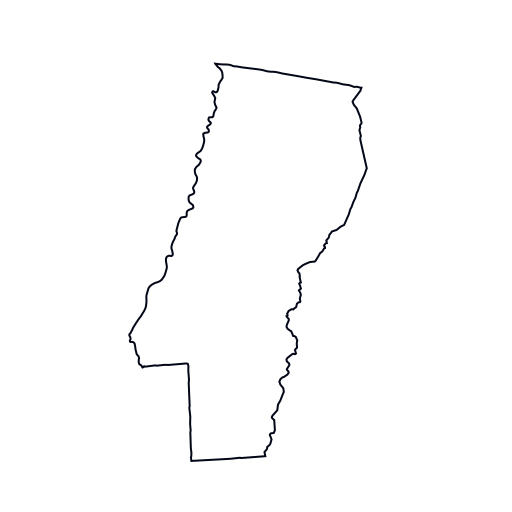 outline of Nueva Concepción, Escuintla, Guatemala, rotated 166°
{"feature_id": "79465075B35747325654374", "entity_name": "Nueva Concepción", "entity_type": "district", "adm_level": 2, "iso_a3": "GTM", "parent_name": "Guatemala", "parent_adm1": "Escuintla", "projection": "albers", "projection_center": [-91.282, 14.129], "detail": "fine", "context": "isolated", "style": "outline", "palette": "ink", "viewbox_px": 512, "rotation_deg": 166, "n_neighbors": 0, "source": "geoboundaries", "source_scale": "gbopen_adm2", "svg_char_len": 6141}
<svg xmlns="http://www.w3.org/2000/svg" viewBox="0 0 512 512"><g transform="rotate(166 256 256)"><path d="M396.1,211.9L396.6,211.4L397.3,211.0L397.8,210.6L398.1,209.9L398.0,209.0L397.7,207.9L397.6,207.3L397.7,206.3L398.0,205.6L398.4,205.0L398.8,204.5L399.0,203.9L398.9,203.3L398.4,202.9L397.7,202.8L396.5,202.4L395.7,201.8L395.4,201.3L395.0,200.5L395.1,197.8L395.5,194.2L395.5,192.1L395.5,191.1L395.5,190.5L395.5,189.6L395.1,188.6L394.7,188.0L394.3,187.3L394.2,185.9L394.2,185.2L394.4,184.6L394.8,183.9L395.1,182.9L395.4,181.8L395.5,180.8L395.5,180.1L395.3,179.1L394.6,178.5L393.9,177.8L393.6,177.0L393.1,175.3L392.3,175.4L391.7,176.0L391.0,176.0L390.7,175.5L380.0,174.2L379.0,173.6L371.0,172.5L367.0,171.4L349.6,168.6L348.3,167.9L348.2,165.5L349.4,161.3L351.0,151.8L351.9,149.6L356.7,126.3L357.4,125.0L358.6,116.1L360.6,108.8L361.6,102.6L362.4,100.7L365.7,85.4L366.3,80.6L367.3,77.2L367.8,76.5L368.3,72.8L330.3,65.5L320.2,64.1L319.5,63.6L295.4,59.5L295.2,63.7L292.1,66.0L291.2,68.1L288.6,69.3L287.3,70.7L285.3,74.3L285.5,76.4L285.9,78.8L285.6,79.6L284.6,80.3L281.6,80.0L279.8,82.4L278.0,92.4L279.5,94.6L279.7,95.8L278.5,97.2L272.7,101.1L270.6,106.5L267.4,109.8L263.3,115.6L261.9,117.4L261.5,121.0L263.5,125.4L263.7,128.5L262.1,130.6L259.7,131.8L258.2,131.9L254.3,133.3L252.5,134.8L252.6,136.6L253.3,137.6L253.5,138.7L249.9,142.2L249.9,143.7L251.6,146.5L251.5,148.2L250.2,149.5L244.6,152.0L243.4,152.1L241.9,151.3L240.8,151.7L240.9,155.6L238.3,157.2L237.7,161.1L236.4,164.1L237.0,167.9L238.3,169.1L239.3,169.4L239.7,172.6L240.0,174.4L241.3,175.7L243.0,177.8L243.5,179.8L242.9,181.5L239.7,185.7L239.6,186.4L239.5,187.2L240.9,189.7L240.9,190.3L240.3,190.3L239.6,190.9L239.8,192.4L237.6,194.8L234.2,195.8L232.7,195.1L231.7,195.8L229.3,196.8L227.9,199.7L226.4,200.6L224.3,200.7L223.9,201.5L223.8,203.9L223.1,205.4L221.9,207.4L221.9,209.5L222.7,212.3L220.3,213.5L220.5,217.3L220.8,218.7L219.6,219.6L218.9,219.5L218.8,225.2L218.3,225.8L218.1,228.8L218.8,229.8L219.2,232.1L218.3,233.2L212.8,235.7L210.2,236.3L205.1,237.1L200.4,236.4L199.5,236.8L195.7,240.5L193.1,243.3L190.5,244.4L188.2,246.8L187.1,247.0L186.9,247.9L187.5,249.6L187.2,250.1L185.2,251.4L184.1,251.4L184.0,254.1L181.0,256.2L179.5,259.0L178.0,260.0L176.4,261.4L171.5,261.8L166.5,264.1L163.0,264.8L156.0,273.8L152.8,279.1L151.8,279.9L148.5,284.8L145.4,288.5L142.9,292.9L141.3,294.7L137.2,301.1L131.1,308.6L128.3,312.9L127.3,314.3L126.7,343.0L126.3,345.4L125.2,347.1L125.2,353.1L123.7,355.6L123.7,357.1L122.9,358.2L121.9,358.8L121.3,359.8L121.3,366.1L122.5,374.8L124.5,379.0L125.0,382.3L123.9,383.6L120.8,386.1L114.7,391.1L113.0,393.8L114.3,394.2L116.5,395.5L117.0,395.7L117.7,395.9L118.2,396.0L119.0,396.1L120.2,396.5L120.9,397.0L121.6,397.5L122.3,398.0L123.7,398.9L125.1,399.6L129.6,401.3L132.1,402.6L134.5,404.0L135.9,404.6L137.1,405.1L138.4,405.4L140.3,406.2L142.3,407.2L143.5,407.7L154.4,412.7L163.3,416.5L172.8,420.8L183.5,425.5L186.3,426.7L189.9,428.6L192.4,429.8L195.1,430.7L197.6,431.4L200.0,432.3L202.1,433.4L205.1,435.1L210.3,437.2L223.9,442.4L228.6,444.5L231.1,445.3L232.0,445.7L232.9,446.3L233.8,447.0L235.0,447.7L237.4,448.7L241.9,449.9L245.8,451.2L249.0,452.5L248.9,452.0L248.3,451.1L247.4,448.8L246.0,447.1L244.8,444.6L244.4,442.3L244.7,439.6L245.3,436.9L247.2,435.0L248.3,434.2L250.8,431.3L251.5,428.9L252.8,426.3L253.9,424.8L255.3,424.5L256.4,425.1L257.5,426.2L258.2,426.2L258.9,425.5L258.9,424.4L258.0,422.0L257.3,419.2L258.1,417.4L259.0,415.7L259.1,413.9L259.1,413.0L258.7,411.0L258.4,409.5L259.4,408.1L261.3,406.4L262.6,404.3L263.5,402.1L264.6,401.2L266.4,401.6L267.9,401.8L268.7,401.0L269.2,399.7L269.1,398.6L268.0,397.0L267.6,396.2L268.3,395.0L269.6,394.4L271.4,393.8L272.3,393.0L272.3,391.8L271.4,390.2L271.4,388.8L271.9,387.9L273.0,387.5L274.5,387.7L275.7,387.9L276.5,387.6L277.3,387.6L277.7,387.0L277.9,385.9L278.0,384.8L278.0,382.6L278.1,381.8L278.2,381.0L278.5,380.0L278.8,379.2L279.2,378.4L280.7,375.7L281.9,373.9L282.8,372.8L283.9,371.7L284.6,371.2L286.5,370.5L287.4,370.1L288.2,369.8L288.7,369.5L289.4,368.9L289.8,368.2L289.9,367.5L289.6,366.8L289.2,366.2L288.8,365.5L288.4,364.9L287.6,364.1L287.2,363.7L286.7,363.1L286.5,362.4L286.6,361.4L287.3,360.3L288.6,359.0L289.4,358.3L290.5,357.7L291.2,357.4L291.9,357.1L292.8,356.4L293.6,355.7L294.0,355.3L294.3,354.8L294.6,354.1L294.9,352.9L295.0,352.2L295.0,351.2L295.0,350.3L294.9,349.5L294.7,348.7L294.5,348.2L294.3,347.3L294.3,346.7L294.3,346.1L294.4,345.5L294.6,344.9L295.0,343.8L295.4,343.1L295.9,342.3L296.4,341.6L298.1,339.9L298.9,339.3L299.5,338.7L300.1,338.1L300.6,337.3L300.7,336.7L300.7,336.1L300.4,334.4L300.4,333.3L300.7,332.2L301.1,331.9L301.8,331.5L302.6,331.3L303.5,331.1L304.7,331.0L305.9,330.8L306.4,330.3L306.9,329.8L307.3,329.0L307.6,327.8L307.8,326.7L307.8,325.9L307.6,324.5L307.3,323.8L306.9,323.2L306.3,322.5L305.8,321.8L305.0,320.8L304.9,320.2L304.9,319.3L305.1,318.2L305.8,317.6L306.9,317.4L307.7,317.3L308.6,317.2L309.5,317.0L310.3,316.9L310.8,316.7L311.4,316.4L312.0,316.0L312.5,315.4L312.9,314.3L313.2,313.2L313.4,312.4L313.6,311.8L314.2,311.2L315.0,311.0L316.0,311.2L317.0,311.3L317.8,311.4L318.5,311.4L319.3,311.4L319.9,311.1L320.5,310.6L321.1,309.8L321.8,308.8L322.9,307.4L323.5,306.5L324.1,305.4L325.5,302.8L326.5,301.0L327.2,299.5L327.2,299.0L327.1,298.2L327.1,297.6L327.2,297.0L327.4,296.4L327.8,295.9L328.8,295.1L329.8,294.1L331.0,292.2L332.4,290.7L333.5,289.3L334.5,287.9L335.6,285.9L336.0,284.8L336.2,283.8L336.1,282.5L336.1,281.2L336.1,279.9L336.2,278.7L336.2,278.1L336.8,277.0L337.4,276.6L338.0,276.5L338.9,276.7L339.8,277.2L340.4,277.3L341.0,277.3L342.2,277.0L342.9,276.6L343.3,276.1L343.9,275.4L344.2,274.6L344.4,273.6L344.7,271.8L344.8,270.1L344.9,268.8L345.1,267.2L345.4,266.1L346.1,264.7L346.9,263.4L347.7,261.9L348.9,260.1L349.8,258.8L351.6,257.2L353.0,256.0L354.0,255.4L354.8,255.1L356.0,254.7L357.7,254.4L358.9,254.4L360.7,254.2L362.3,253.9L364.2,253.3L365.7,252.6L366.6,252.0L367.7,251.1L368.5,250.1L371.5,244.9L371.9,244.0L372.5,242.1L372.9,239.8L373.6,237.4L374.4,235.2L375.2,233.3L376.2,231.8L377.7,229.9L379.3,228.4L382.4,225.3L385.3,223.0L388.6,220.0L392.7,216.0L394.1,214.1L395.4,212.8L396.1,211.9Z" fill="none" stroke="#020617" stroke-width="2"/></g></svg>